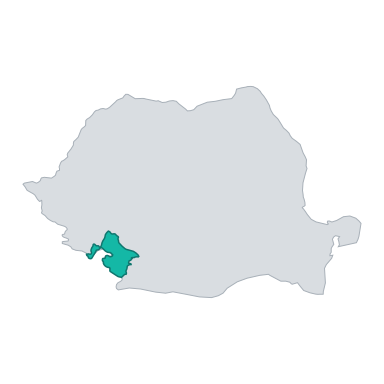 location of Mehedinti within Romania
{"feature_id": "ROU-124", "entity_name": "Mehedinti", "entity_type": "County", "adm_level": 1, "iso_a3": "ROU", "parent_name": "Romania", "parent_adm1": "", "projection": "equal_earth", "projection_center": [22.715, 44.596], "detail": "fine", "context": "in_parent", "style": "filled", "palette": "teal", "viewbox_px": 384, "rotation_deg": 0, "n_neighbors": 0, "source": "natural_earth", "source_scale": "10m", "svg_char_len": 5788}
<svg xmlns="http://www.w3.org/2000/svg" viewBox="0 0 384 384"><path d="M307.3,214.5L311.2,219.3L316.0,221.9L327.2,224.6L328.2,224.2L328.3,223.7L327.5,223.0L327.3,222.1L327.8,221.0L329.4,221.0L331.9,222.0L336.6,220.5L343.5,216.7L349.9,216.0L355.8,218.2L358.9,220.9L361.0,223.4L360.5,226.5L360.2,228.4L358.9,236.4L358.0,239.3L356.4,242.7L338.3,246.7L339.4,244.8L338.8,241.4L338.0,238.9L339.6,236.6L335.5,235.7L333.7,237.0L332.4,239.2L333.8,244.3L331.9,247.1L331.2,248.6L331.2,252.3L330.1,253.9L329.9,255.7L332.8,255.2L331.6,258.4L326.3,264.6L324.5,268.3L325.4,282.9L323.3,291.6L323.2,294.2L317.3,294.3L315.6,294.1L310.0,292.8L303.7,290.5L299.9,285.9L297.5,282.7L292.3,284.2L291.3,283.8L289.8,282.2L285.8,281.2L280.9,281.2L269.8,275.3L268.5,274.3L259.9,275.3L247.1,278.2L237.3,281.8L227.2,288.2L223.1,293.1L218.4,295.7L211.6,297.6L199.4,296.9L186.6,294.4L172.9,291.8L165.6,293.2L155.6,292.1L140.5,289.0L129.3,288.0L118.3,289.9L116.5,288.5L116.1,286.9L116.5,284.6L118.0,282.7L120.7,281.3L122.1,279.9L122.3,278.5L119.3,276.2L113.1,273.0L110.6,271.0L110.0,270.5L109.8,268.7L108.5,267.3L106.1,266.3L104.3,264.4L103.0,261.7L103.3,259.2L105.2,256.8L107.5,255.8L110.4,256.1L111.6,255.4L111.2,253.8L108.3,251.7L103.1,249.1L97.9,250.5L92.5,255.9L88.6,256.8L86.2,253.1L82.0,251.0L75.9,250.3L72.2,248.9L70.8,246.8L68.2,245.2L62.3,243.5L62.3,241.8L63.2,241.5L65.3,241.3L68.1,241.0L68.5,240.0L68.6,239.2L66.4,238.1L64.2,237.4L63.0,236.7L62.3,235.8L62.1,235.0L62.8,234.4L63.7,234.4L64.6,233.9L65.1,231.9L66.3,230.3L67.2,229.7L67.1,228.6L66.2,227.4L65.0,226.5L63.2,225.9L57.7,224.2L54.9,221.9L53.2,221.8L50.5,220.5L47.6,218.5L45.1,215.6L42.3,213.7L41.6,213.0L41.6,212.2L42.1,211.4L42.1,210.6L41.4,207.7L41.9,204.8L41.8,202.0L41.8,200.7L41.3,200.3L40.8,200.8L40.1,201.3L39.5,201.4L37.5,199.3L35.0,195.2L33.3,193.8L29.9,191.9L27.1,190.3L25.1,186.9L23.0,184.2L24.4,183.1L32.5,181.5L36.3,183.1L38.0,182.5L39.6,181.3L40.5,180.3L40.7,179.2L41.5,177.9L44.3,177.3L51.5,178.1L54.4,176.2L55.5,175.2L56.1,173.0L56.9,171.2L59.5,170.3L59.5,168.7L59.1,166.9L60.6,162.9L61.6,161.3L63.0,160.7L64.8,159.5L67.8,156.9L67.2,154.7L67.8,153.0L71.0,149.0L73.4,145.1L73.4,143.2L73.8,141.5L75.9,139.6L78.2,137.2L81.2,129.6L82.2,128.4L84.2,126.9L85.6,125.5L85.8,120.5L87.1,119.1L89.7,117.5L92.3,114.9L94.4,111.9L96.0,110.5L98.2,110.1L100.5,108.9L103.1,108.5L105.6,109.1L107.2,108.8L109.6,107.3L115.7,101.7L116.6,100.6L117.9,99.8L122.8,97.9L124.1,96.0L125.8,94.3L128.0,94.4L135.2,98.7L143.0,98.4L144.4,98.6L144.8,98.7L145.8,99.0L156.1,101.1L157.6,100.9L158.1,100.7L162.2,102.5L165.9,102.2L169.3,101.0L173.0,100.6L176.3,101.3L178.8,103.8L185.5,109.0L187.4,110.9L190.4,110.7L193.8,109.7L197.1,106.2L207.3,102.2L215.2,101.3L222.9,99.7L231.7,98.6L234.3,95.3L235.6,93.1L236.6,89.1L241.3,87.9L245.8,87.1L247.5,86.6L250.8,86.4L253.3,86.7L257.4,88.7L260.2,91.3L261.4,93.3L263.8,96.1L266.5,100.1L269.4,105.4L270.0,108.0L271.2,110.9L273.3,114.5L277.4,118.4L278.0,119.1L279.8,121.9L283.5,128.0L286.4,130.4L289.0,133.1L290.3,135.8L292.2,138.3L296.6,141.5L300.1,144.4L303.1,152.9L305.2,156.8L306.5,159.8L306.1,165.9L307.0,168.5L305.5,173.2L303.0,182.8L302.5,190.5L303.1,194.6L303.3,197.2L304.0,198.9L304.9,202.4L305.1,205.4L304.1,206.3L302.7,207.0L302.2,207.7L303.5,209.0L305.4,211.6L307.3,214.5Z" fill="#d9dde1" stroke="#a8b0b8" stroke-width="1"/><path d="M121.5,277.4L120.8,277.1L119.2,276.9L117.8,276.4L110.1,271.4L109.9,270.7L110.0,268.5L109.7,267.8L109.1,267.5L107.6,267.3L106.2,266.7L105.0,265.8L104.0,264.6L103.4,263.2L103.4,262.8L103.4,262.1L103.4,261.8L103.2,261.4L102.5,260.8L102.4,260.4L102.4,259.8L102.5,259.2L102.6,258.7L102.9,258.5L103.2,258.4L104.5,258.4L105.0,258.2L105.3,257.7L105.4,256.9L105.6,256.1L106.1,255.7L106.8,255.5L107.6,255.5L108.3,255.8L109.6,256.6L110.4,256.8L111.1,256.6L111.9,256.3L112.5,255.7L112.7,254.8L110.9,253.0L110.4,252.6L107.6,252.3L106.4,251.7L105.1,250.8L102.6,248.3L102.1,248.0L101.4,247.8L100.6,247.8L100.2,248.1L98.9,249.4L98.2,249.8L96.7,250.1L96.2,250.4L96.0,251.2L91.9,258.0L91.4,258.5L90.6,258.7L89.8,258.6L89.0,258.3L88.4,257.7L88.0,256.3L87.7,256.0L87.2,255.8L86.9,255.5L86.7,255.1L86.5,254.5L86.5,254.2L87.4,254.1L88.4,253.9L88.9,254.0L89.8,254.2L90.2,254.2L90.6,254.2L91.0,254.0L91.3,253.6L91.5,253.0L91.5,252.5L91.3,251.8L91.0,251.0L91.0,250.4L91.1,249.8L91.2,249.3L91.5,248.6L91.8,247.8L92.7,246.5L93.0,245.8L93.1,245.1L93.1,244.8L93.3,244.4L93.5,244.2L94.0,244.1L94.4,244.2L94.7,244.3L95.9,245.5L96.2,245.6L96.5,245.8L96.8,245.8L98.0,245.8L98.3,245.8L98.6,246.0L98.8,246.2L99.0,246.7L99.2,246.9L99.5,247.0L99.9,247.0L100.4,247.0L100.8,246.7L101.1,246.1L101.5,245.1L102.0,242.9L102.9,240.8L104.4,238.5L104.8,237.4L105.0,236.7L105.2,236.0L105.2,235.5L105.3,235.0L105.6,234.3L106.8,232.6L108.3,231.1L109.7,231.7L111.2,233.6L111.9,233.9L112.4,234.0L114.1,233.8L114.8,233.9L115.3,234.1L115.6,234.4L115.9,234.8L116.3,235.2L116.9,235.8L117.8,236.3L118.2,236.7L118.4,237.1L118.4,237.5L118.2,237.9L118.0,238.7L118.0,239.1L118.1,239.5L118.4,240.3L118.5,240.7L118.6,241.7L118.7,242.3L118.9,242.8L122.1,246.2L124.9,248.6L125.7,249.1L126.4,249.4L132.6,251.1L133.5,251.4L135.8,252.9L137.8,254.7L138.2,255.2L138.8,256.4L138.3,256.9L136.3,256.8L135.4,257.0L134.8,257.2L134.4,257.5L132.1,257.6L131.6,257.8L131.5,258.0L131.8,258.1L132.1,258.2L132.3,258.3L131.6,259.1L131.3,259.4L131.1,259.8L130.6,260.3L130.1,260.5L129.4,260.7L129.1,261.0L128.9,261.2L128.9,261.6L128.6,262.6L128.6,263.0L128.7,263.3L129.0,263.5L129.4,263.5L130.2,263.6L130.5,263.7L130.8,263.8L131.0,264.0L131.1,264.3L131.1,264.6L130.9,264.7L130.1,264.5L129.7,264.6L127.8,265.6L127.4,266.0L127.2,266.6L127.1,267.4L126.9,268.6L126.8,269.0L126.1,270.5L126.0,271.1L126.0,271.7L126.3,272.4L126.4,273.0L126.4,273.5L126.2,274.1L126.0,274.3L125.6,274.2L124.5,274.5L121.5,277.4L121.5,277.4Z" fill="#14b8a6" stroke="#0f766e" stroke-width="1.5"/></svg>